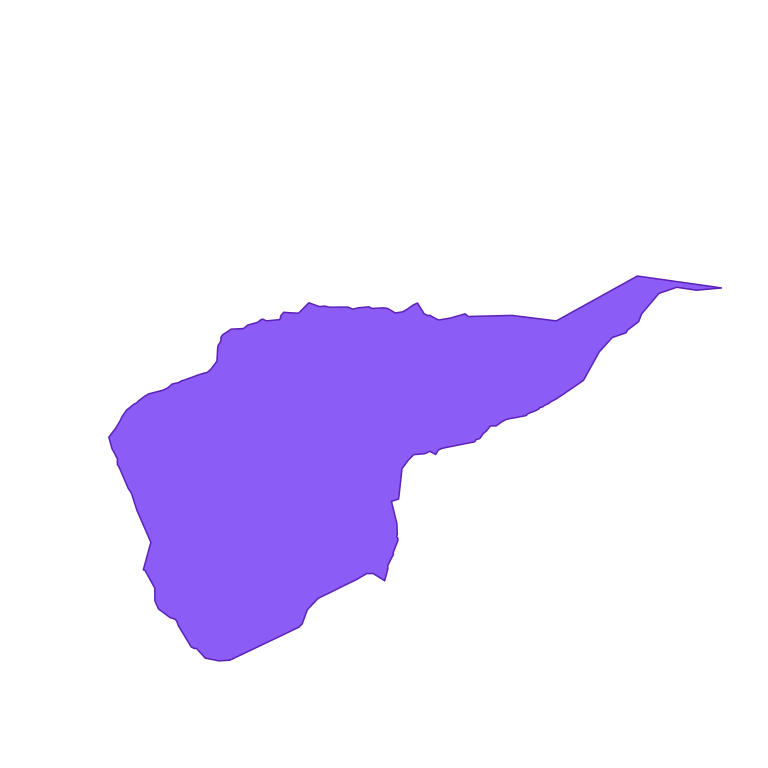 San Francisco Huehuetlán, Puebla, Mexico, rotated 49°
{"feature_id": "50627088B76288874941262", "entity_name": "San Francisco Huehuetlán", "entity_type": "district", "adm_level": 2, "iso_a3": "MEX", "parent_name": "Mexico", "parent_adm1": "Puebla", "projection": "orthographic", "projection_center": [-96.935, 18.204], "detail": "fine", "context": "isolated", "style": "filled", "palette": "violet", "viewbox_px": 768, "rotation_deg": 49, "n_neighbors": 0, "source": "geoboundaries", "source_scale": "gbopen_adm2", "svg_char_len": 2927}
<svg xmlns="http://www.w3.org/2000/svg" viewBox="0 0 768 768"><g transform="rotate(49 384 384)"><path d="M491.3,681.6L507.6,622.7L510.4,612.4L511.7,607.9L511.4,603.0L510.6,601.7L504.1,590.1L503.7,586.3L502.8,576.8L502.6,574.3L503.8,569.8L506.6,559.4L509.3,548.9L511.6,540.3L513.6,533.1L514.0,530.7L515.3,523.8L515.8,521.3L518.6,518.1L520.0,516.5L532.9,512.6L528.7,506.2L528.5,505.9L525.9,502.2L523.5,500.3L522.3,497.3L520.0,491.8L519.5,490.5L518.9,488.8L517.3,487.7L514.4,482.2L511.3,476.3L509.5,474.7L508.6,474.7L507.5,474.7L506.4,472.7L497.3,465.5L494.2,464.0L477.5,455.4L479.7,450.1L480.4,448.4L473.7,441.1L464.0,430.6L459.7,426.0L458.0,418.0L457.3,415.0L457.3,414.1L456.9,407.8L458.6,405.5L463.2,399.2L464.2,396.4L464.7,393.7L468.1,392.4L471.1,391.2L469.5,386.4L470.6,382.5L472.8,378.6L477.4,370.5L480.7,364.7L484.4,358.2L486.6,354.4L487.1,353.5L486.4,350.9L487.4,348.9L488.0,347.5L486.5,341.3L486.5,341.1L486.7,338.1L486.3,335.7L485.8,333.0L485.7,330.9L489.2,326.9L489.6,322.4L489.8,320.0L489.9,319.4L491.0,314.9L491.5,314.1L492.4,312.4L493.2,310.8L494.1,309.4L494.7,308.5L494.9,308.2L495.1,307.7L496.0,306.3L497.4,303.8L500.2,299.0L501.1,297.3L500.8,295.3L502.0,291.3L502.4,290.4L502.7,289.8L503.5,287.3L504.2,284.7L504.4,284.0L504.3,282.7L503.9,281.8L504.9,280.6L505.4,278.8L505.4,277.9L505.6,276.5L506.5,273.3L506.8,272.5L506.7,270.8L507.5,267.0L507.7,266.4L508.5,262.6L508.5,262.4L508.5,261.3L509.1,257.8L509.8,251.6L511.7,235.0L512.1,231.0L501.0,200.5L498.7,181.3L504.1,167.8L503.1,164.9L504.0,150.9L500.1,143.6L496.0,117.1L503.1,99.6L518.1,86.8L533.2,66.0L468.7,122.0L449.4,212.6L416.2,242.4L392.7,270.8L388.5,276.0L384.2,276.8L377.8,290.6L371.8,300.4L369.6,301.7L362.1,304.4L361.1,306.1L357.2,307.6L344.9,305.6L343.6,309.7L342.7,317.8L341.8,322.5L337.8,328.9L333.7,330.2L329.1,331.8L325.9,334.8L319.1,343.5L315.9,344.7L309.6,353.4L307.1,358.4L302.3,360.7L290.1,374.9L286.1,377.8L283.3,381.9L273.4,387.4L274.5,402.0L268.8,408.0L264.0,412.7L265.0,417.7L266.6,419.2L266.7,420.8L266.1,421.7L259.3,431.2L255.5,433.0L254.8,434.5L254.5,439.0L252.1,444.1L250.2,448.0L249.9,453.7L249.4,454.4L242.3,463.4L241.0,473.8L241.8,476.5L244.1,478.4L245.2,480.5L245.6,482.5L245.9,483.5L247.0,485.2L257.2,495.2L259.3,505.3L259.3,508.9L259.0,510.8L257.9,512.3L255.7,517.2L252.1,526.7L249.7,532.9L249.0,533.9L248.1,538.5L247.4,539.5L245.0,544.0L245.1,549.2L243.9,554.4L236.9,568.4L237.0,569.2L236.3,572.1L235.7,580.6L235.9,583.2L235.2,586.0L234.8,595.4L235.8,599.4L236.6,602.6L238.9,608.0L241.4,615.8L243.1,624.3L243.7,626.6L248.9,629.1L251.9,630.6L254.6,631.8L260.3,633.0L263.0,633.8L265.4,634.2L269.6,637.9L273.7,638.7L295.2,645.6L299.4,646.0L301.8,646.7L317.6,653.5L350.5,663.8L366.3,687.5L368.0,686.7L387.7,690.9L397.4,699.2L405.8,701.8L420.0,698.7L424.8,695.8L428.1,696.4L431.5,697.8L437.3,698.8L455.8,702.0L458.8,700.9L460.7,699.0L473.6,698.8L484.7,690.2L491.3,681.6Z" fill="#8b5cf6" stroke="#5b21b6" stroke-width="1.5"/></g></svg>